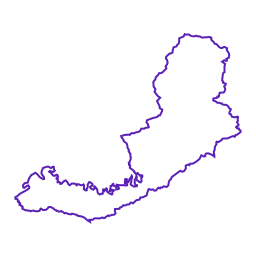 the district of Tsoelikana, Qacha's Nek, Lesotho
{"feature_id": "5366337B78317491468351", "entity_name": "Tsoelikana", "entity_type": "district", "adm_level": 2, "iso_a3": "LSO", "parent_name": "Lesotho", "parent_adm1": "Qacha's Nek", "projection": "robinson", "projection_center": [28.859, -29.907], "detail": "fine", "context": "isolated", "style": "outline", "palette": "violet", "viewbox_px": 256, "rotation_deg": 0, "n_neighbors": 0, "source": "geoboundaries", "source_scale": "gbopen_adm2", "svg_char_len": 5888}
<svg xmlns="http://www.w3.org/2000/svg" viewBox="0 0 256 256"><path d="M15.4,197.1L15.4,198.8L17.5,199.1L17.9,201.6L19.0,201.5L18.9,202.5L20.2,203.3L20.3,203.7L19.4,204.4L19.5,204.9L22.2,206.2L22.2,207.0L22.6,207.2L22.3,207.5L22.3,208.7L25.7,210.3L26.2,210.1L27.9,210.7L29.3,210.6L30.9,211.3L31.8,210.8L33.2,210.6L36.6,211.4L39.5,210.8L40.6,208.6L41.1,208.6L43.0,210.1L46.0,209.8L47.9,208.2L48.4,207.2L50.3,206.9L52.9,208.1L54.9,209.8L56.2,210.2L56.5,210.9L57.7,210.9L58.7,211.7L61.4,211.1L61.5,211.5L62.8,211.9L64.5,213.3L65.5,212.9L68.8,214.1L71.0,214.4L71.9,213.6L77.1,215.0L77.4,215.7L81.8,216.5L84.7,217.8L87.5,220.4L90.0,221.8L89.5,219.8L92.8,219.8L94.5,218.3L99.8,218.4L102.6,217.5L104.1,218.2L104.8,218.0L105.8,216.9L108.4,215.4L109.0,216.0L111.8,214.9L114.2,214.7L115.6,213.2L114.9,211.3L115.0,209.0L119.5,208.8L119.9,207.6L121.8,206.9L123.3,205.2L124.5,205.6L127.7,204.4L129.3,204.4L130.5,202.7L131.7,202.6L132.9,203.4L136.4,200.2L139.5,199.6L140.4,197.4L142.2,197.5L146.2,195.7L146.7,195.2L147.7,191.4L148.6,189.2L149.2,189.1L150.8,189.8L153.1,189.4L154.2,190.6L155.0,190.6L155.9,190.5L158.5,187.6L160.0,188.4L160.7,187.5L162.1,187.6L163.8,186.3L166.6,187.0L168.3,185.4L168.9,181.6L169.7,180.2L170.9,179.3L171.7,177.1L179.9,171.0L180.4,170.8L182.3,171.8L184.4,170.8L185.9,168.3L185.6,165.9L186.0,165.5L188.1,164.5L189.4,165.2L190.2,163.7L192.7,163.7L196.0,161.8L199.5,159.0L201.3,155.3L203.9,156.5L205.2,156.2L205.2,154.8L206.0,153.6L208.2,153.3L212.0,154.8L214.3,156.6L214.3,154.9L213.7,151.7L214.5,150.4L215.0,146.6L216.5,144.1L216.2,142.4L216.8,141.7L218.4,142.1L221.5,140.2L222.2,138.9L223.6,138.5L227.5,138.4L232.8,136.1L233.4,136.1L234.7,136.8L235.6,135.0L237.1,134.7L240.6,132.0L240.5,130.5L238.7,129.3L238.8,128.5L237.1,128.2L236.1,127.4L236.3,126.7L238.4,125.6L238.6,124.8L237.0,122.1L237.9,120.9L237.6,119.2L238.0,117.0L237.2,116.6L234.9,117.4L231.9,116.7L230.8,114.2L229.4,113.7L229.4,112.3L230.9,109.3L229.1,108.1L228.6,106.8L227.4,105.6L226.0,104.9L223.0,104.6L222.2,104.2L222.0,103.5L220.7,103.4L219.5,102.8L217.4,102.8L215.6,101.3L213.7,100.7L213.2,100.1L213.3,98.5L216.8,97.9L217.3,96.7L218.1,96.9L218.4,96.1L219.0,96.1L219.5,93.1L220.2,92.6L223.2,92.6L224.2,92.1L225.3,89.1L224.2,86.2L225.3,85.2L225.8,83.7L223.0,82.7L223.1,81.5L222.2,80.5L222.2,79.7L222.9,74.0L223.5,72.8L224.5,72.2L224.5,66.2L225.1,63.9L222.1,61.7L224.3,60.2L225.4,60.8L226.9,60.6L226.9,59.6L226.5,58.8L228.6,57.9L229.2,55.5L229.0,53.5L226.7,49.9L227.1,48.3L224.5,46.9L223.8,47.0L222.0,48.1L220.3,47.8L218.9,46.8L216.6,44.2L214.7,43.7L213.6,41.9L211.8,40.4L211.0,38.6L211.4,38.0L210.4,37.2L209.2,37.0L202.1,37.6L199.7,36.4L198.4,36.5L196.2,35.7L195.5,36.2L192.6,36.3L190.6,35.7L188.9,34.5L185.7,34.6L184.7,34.2L183.7,36.4L179.2,38.3L179.1,42.1L178.7,43.5L177.2,44.9L176.6,46.3L173.5,47.4L172.6,50.7L172.7,51.9L172.5,52.5L171.1,53.4L169.6,53.5L166.3,56.6L165.8,58.2L167.0,59.9L167.7,62.6L167.1,64.3L165.6,66.3L166.4,68.4L162.3,72.5L160.9,73.1L159.0,73.2L158.2,74.9L155.9,77.1L155.2,79.8L154.5,80.2L153.3,82.1L153.7,86.9L155.2,88.6L155.5,89.5L154.8,90.7L154.6,91.8L157.6,95.9L160.2,97.7L157.0,101.1L159.5,105.9L159.8,108.3L162.3,109.6L162.1,111.0L160.1,115.1L159.9,115.4L158.5,115.4L157.9,116.4L156.2,117.3L153.3,117.9L147.0,120.2L146.5,122.3L148.0,124.1L148.0,125.0L148.7,126.5L148.8,127.1L148.4,127.5L145.4,127.8L144.4,128.7L141.2,128.7L140.1,130.9L138.8,131.8L135.5,132.5L134.0,133.3L131.6,133.1L129.7,135.0L129.1,134.5L126.5,134.9L125.9,134.7L121.2,136.0L121.3,136.8L123.5,139.8L123.8,141.3L126.5,143.2L127.3,145.5L127.6,147.9L128.9,150.0L128.6,151.2L129.3,152.0L129.3,152.6L130.4,153.7L130.3,155.5L130.8,157.5L130.6,159.3L129.6,161.9L128.8,162.7L129.6,163.7L129.4,164.1L129.0,164.0L129.0,164.7L129.5,164.7L129.7,165.6L130.2,165.8L129.8,167.8L133.8,170.8L134.0,171.8L134.8,172.2L134.8,173.0L136.4,174.3L136.9,174.0L137.2,173.1L137.6,173.0L140.3,176.0L140.6,176.1L141.2,175.2L142.3,175.5L142.2,177.2L141.2,178.2L141.6,181.0L140.6,182.4L139.4,182.1L138.4,181.0L137.3,180.6L136.3,178.5L136.4,177.7L136.9,177.1L136.6,176.2L136.3,176.2L135.9,178.2L134.8,179.5L134.7,183.2L135.5,185.0L137.0,185.2L136.8,186.2L133.9,186.6L130.7,184.6L130.6,183.8L131.2,182.5L131.5,179.2L132.1,177.8L132.1,176.3L131.7,175.7L130.7,177.8L129.7,178.6L128.7,181.6L128.2,182.2L126.9,182.2L126.9,179.7L126.6,179.0L125.6,179.0L125.1,179.5L124.9,183.1L126.5,183.1L127.1,184.3L127.1,185.2L126.2,185.6L124.4,185.2L119.8,185.2L116.6,184.7L116.5,186.2L118.0,186.1L119.0,188.5L118.6,189.0L116.3,189.4L116.3,187.8L116.0,186.8L113.9,185.8L113.3,183.9L112.5,184.2L111.8,185.9L110.6,186.1L110.5,188.5L109.5,191.0L110.1,191.1L111.8,189.7L114.1,190.3L112.3,192.1L112.4,194.0L111.9,194.5L109.2,193.3L107.2,191.7L106.5,190.0L106.9,189.6L106.9,188.8L106.3,188.4L104.4,190.8L103.8,189.3L103.3,189.3L103.0,190.1L103.3,191.3L102.8,192.4L102.6,193.8L100.8,193.9L99.7,194.5L98.1,193.3L97.6,192.4L97.2,189.3L94.6,186.3L94.2,186.5L94.6,188.6L93.3,189.7L91.1,188.5L90.2,187.6L90.1,187.0L91.2,185.9L92.2,185.7L92.6,184.5L91.8,183.3L89.5,182.0L88.9,182.4L87.6,184.9L87.8,186.9L86.7,189.2L86.7,190.3L86.0,190.5L85.0,190.1L83.8,189.1L84.2,188.5L83.9,187.3L84.1,185.3L83.5,184.4L81.4,185.4L78.1,184.1L77.2,184.2L77.2,184.9L76.7,185.3L74.8,183.6L71.6,183.6L70.3,184.9L69.4,185.2L68.3,184.1L67.7,182.6L65.7,180.4L63.7,181.3L61.5,183.8L60.2,183.8L60.2,182.6L58.4,181.6L57.4,183.1L57.9,179.1L56.6,178.8L56.4,178.4L56.9,177.4L58.1,176.7L57.5,175.1L56.4,174.7L54.6,175.9L52.9,175.3L51.3,173.2L49.1,171.7L49.8,171.0L52.9,171.9L54.4,171.3L54.8,170.6L53.9,169.3L53.9,167.0L53.1,166.6L50.9,168.1L48.6,166.7L47.0,166.7L43.0,168.0L41.6,171.4L41.5,173.7L43.9,177.1L44.1,178.9L43.2,179.2L39.8,177.2L37.0,173.9L35.6,172.9L34.9,172.9L33.1,174.2L31.3,175.0L29.0,178.5L27.8,182.6L24.6,183.2L22.9,185.5L23.4,187.6L24.3,187.9L27.3,185.6L28.3,185.4L29.3,186.9L29.2,188.2L26.7,190.1L20.0,193.7L17.3,196.2L15.4,197.1Z" fill="none" stroke="#5b21b6" stroke-width="2"/></svg>